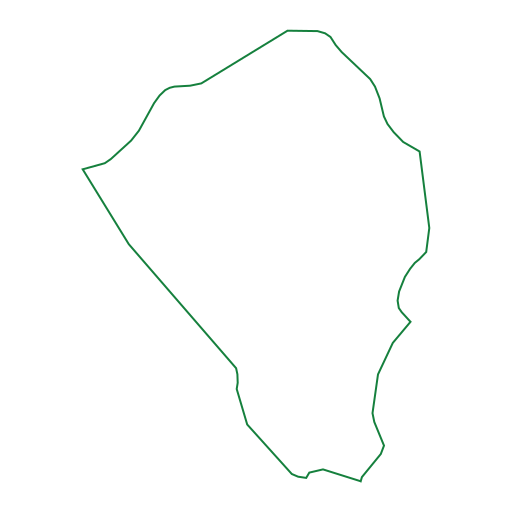 map outline of Thyolo (Mercator projection)
{"feature_id": "MWI-1918", "entity_name": "Thyolo", "entity_type": "District", "adm_level": 1, "iso_a3": "MWI", "parent_name": "Malawi", "parent_adm1": "", "projection": "mercator", "projection_center": [35.176, -16.13], "detail": "fine", "context": "isolated", "style": "outline", "palette": "green", "viewbox_px": 512, "rotation_deg": 0, "n_neighbors": 0, "source": "natural_earth", "source_scale": "10m", "svg_char_len": 819}
<svg xmlns="http://www.w3.org/2000/svg" viewBox="0 0 512 512"><path d="M410.5,321.8L392.8,342.9L378.0,374.4L372.5,413.2L374.3,422.0L384.0,445.6L380.8,454.0L361.9,477.1L360.7,481.3L360.5,481.2L323.0,469.4L309.3,472.6L306.2,477.9L298.1,476.7L291.8,474.0L247.2,424.5L236.7,389.0L237.7,382.8L237.4,374.3L236.1,368.2L128.8,244.2L82.7,169.3L104.8,163.2L110.9,159.0L131.1,140.6L138.9,130.7L154.1,103.1L159.6,95.5L165.2,90.1L169.7,87.8L174.4,86.6L190.1,85.7L201.3,83.4L287.5,30.7L317.5,31.1L325.1,33.3L330.5,37.0L335.7,45.1L341.7,52.1L370.2,79.1L375.0,86.6L379.6,98.4L383.9,116.4L387.5,124.0L393.7,132.2L403.2,142.0L419.6,151.5L429.3,228.0L426.2,252.0L419.3,259.2L414.8,262.9L410.1,268.8L404.9,276.9L399.1,291.5L397.6,300.6L398.8,308.0L401.7,312.2L410.3,321.6L410.5,321.8Z" fill="none" stroke="#15803d" stroke-width="2"/></svg>